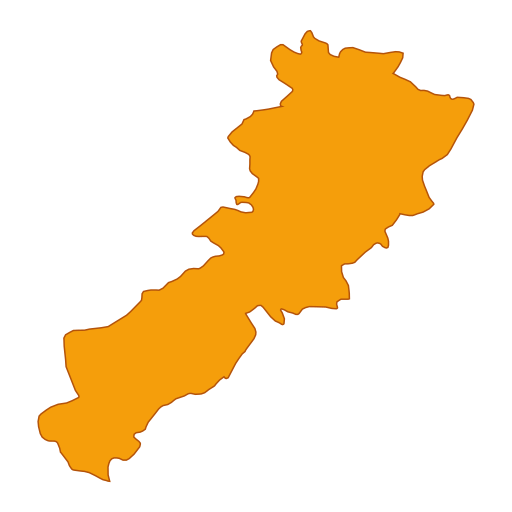 Cao Bang, Cao Bằng, Vietnam, rotated 90°
{"feature_id": "81297802B72621516483988", "entity_name": "Cao Bang", "entity_type": "district", "adm_level": 2, "iso_a3": "VNM", "parent_name": "Vietnam", "parent_adm1": "Cao Bằng", "projection": "albers", "projection_center": [106.26, 22.649], "detail": "fine", "context": "isolated", "style": "filled", "palette": "amber", "viewbox_px": 512, "rotation_deg": 90, "n_neighbors": 0, "source": "geoboundaries", "source_scale": "gbopen_adm2", "svg_char_len": 5337}
<svg xmlns="http://www.w3.org/2000/svg" viewBox="0 0 512 512"><g transform="rotate(90 256 256)"><path d="M452.2,451.5L452.3,451.3L456.6,448.0L461.9,444.0L465.6,442.6L467.6,441.3L469.1,440.2L469.9,438.9L470.2,437.2L471.0,431.3L471.4,427.5L472.6,422.8L475.6,416.7L478.4,411.6L479.7,409.0L480.5,405.7L481.1,404.0L481.3,402.3L474.9,403.9L467.0,404.0L463.4,403.1L460.7,402.0L458.8,400.2L457.9,398.0L457.9,395.5L458.3,392.8L460.1,389.0L460.1,385.6L458.6,382.8L454.1,377.9L446.8,372.3L444.3,371.7L443.2,371.7L441.4,373.1L438.7,376.5L437.0,378.2L435.6,378.1L434.2,377.8L432.7,375.8L432.1,371.8L431.0,369.3L429.2,366.7L426.9,366.0L422.2,363.8L413.7,357.0L409.0,353.4L407.1,351.4L405.6,349.0L404.5,344.2L402.4,340.6L400.3,338.1L398.8,336.1L397.7,332.9L395.9,327.6L393.8,323.9L393.4,322.2L393.4,320.9L394.3,316.7L394.1,312.8L393.9,310.7L392.7,307.3L389.4,303.0L385.9,297.5L383.8,295.9L380.0,292.4L376.8,288.0L378.3,286.7L378.5,285.6L377.7,283.8L372.3,281.0L363.3,276.3L358.6,273.2L353.9,269.8L351.5,267.0L349.8,266.2L347.7,264.7L338.8,258.1L334.8,256.3L332.1,256.1L328.5,257.1L322.7,260.9L314.0,266.2L313.4,266.4L312.0,262.4L310.8,260.7L308.2,257.3L305.7,254.5L305.4,252.4L305.4,251.0L307.3,248.8L313.4,244.0L316.7,241.4L321.0,236.7L322.5,233.3L323.2,232.0L324.3,230.4L324.6,229.4L324.2,228.4L323.4,228.0L318.8,227.6L313.0,229.7L310.1,231.4L309.2,231.1L308.9,230.6L309.2,229.4L309.8,227.7L311.8,224.2L313.0,219.4L314.4,216.1L314.4,214.2L313.6,213.0L309.1,209.6L307.6,206.5L306.6,202.8L306.7,196.4L307.0,186.3L308.4,180.3L308.7,176.6L308.7,175.4L308.1,174.6L307.5,174.5L304.2,175.4L301.9,175.1L299.8,172.1L299.2,170.9L299.2,164.8L299.1,163.4L298.8,162.6L294.8,162.7L293.7,162.7L290.5,163.0L285.5,163.6L280.9,166.0L277.5,168.6L271.7,170.4L267.0,170.5L265.7,170.5L263.9,167.4L263.8,163.7L263.2,159.6L262.3,157.2L259.7,154.8L252.1,146.7L247.6,140.6L244.7,138.4L243.2,135.9L242.9,134.4L243.4,132.4L244.0,131.3L246.3,129.5L247.7,126.9L248.0,125.5L247.4,124.1L245.2,123.5L241.3,123.5L238.1,124.2L231.3,127.1L229.8,126.9L228.9,126.5L226.9,123.4L225.3,119.7L219.8,115.5L214.5,112.2L213.7,112.1L214.8,107.0L215.5,102.8L215.5,99.3L214.9,97.5L213.8,94.7L212.1,88.9L208.8,82.8L204.3,78.2L203.3,78.4L201.0,80.3L197.4,82.9L190.1,85.8L186.3,87.4L180.2,89.5L176.4,89.8L171.9,88.9L169.7,87.4L165.7,82.5L159.6,72.5L158.5,70.0L154.6,64.7L149.0,61.1L137.6,55.0L129.0,49.7L120.2,44.7L110.2,39.6L104.2,38.1L102.6,38.7L99.5,41.1L98.4,43.5L97.7,48.5L97.3,54.8L98.4,56.9L99.2,58.9L99.2,60.1L98.5,61.3L97.3,62.0L95.7,62.4L94.9,63.3L94.9,64.7L95.6,67.2L95.4,70.3L94.5,77.4L92.7,81.2L91.1,84.4L90.4,88.0L90.5,91.4L89.3,94.1L87.2,95.9L81.8,101.6L79.3,107.0L77.3,112.0L73.4,118.9L73.1,118.5L66.7,113.9L62.6,111.6L57.8,109.3L53.2,108.9L51.9,112.8L51.7,116.5L52.4,121.4L53.7,128.6L53.3,132.5L52.5,141.9L52.2,146.5L49.7,152.9L47.6,159.1L47.8,163.1L48.2,166.8L49.5,169.2L51.7,171.4L53.6,172.4L57.2,173.3L56.3,178.0L54.5,181.9L52.5,183.5L44.8,184.1L43.6,185.2L42.9,186.8L40.9,193.0L38.4,197.2L36.9,198.5L32.6,200.2L30.7,201.6L30.8,202.7L31.4,204.7L33.8,206.9L41.2,210.8L42.6,210.5L44.2,209.7L45.2,209.7L46.3,210.7L47.5,211.3L50.4,210.9L52.1,210.2L53.4,210.6L54.2,211.5L53.5,214.4L52.1,217.9L49.7,222.0L44.7,229.0L44.7,231.5L46.9,235.2L47.2,235.6L49.5,238.8L52.9,240.4L60.5,241.4L66.9,238.4L71.4,235.0L74.1,234.3L75.8,235.3L77.3,235.0L79.7,233.0L83.4,227.1L88.3,219.8L89.6,219.2L91.3,219.5L96.1,224.7L101.3,230.6L103.9,231.7L105.6,231.4L106.1,230.9L106.4,230.1L107.8,237.2L109.1,243.5L109.9,248.7L110.8,255.6L111.0,258.1L112.2,258.5L114.3,259.5L116.6,261.7L119.0,266.1L119.6,268.0L124.0,270.0L131.9,279.9L136.5,283.7L137.6,284.1L138.0,284.2L142.0,281.7L145.4,278.6L147.4,275.5L150.4,272.2L152.4,267.0L154.2,263.6L155.3,262.5L156.8,261.9L159.6,262.1L164.1,262.1L168.7,262.4L170.9,261.8L173.6,259.7L176.7,255.4L177.9,253.9L178.5,253.4L181.5,253.4L184.1,254.1L189.0,256.1L192.7,258.6L197.4,262.3L197.8,263.4L197.6,265.0L196.8,267.6L196.3,272.9L196.6,275.7L197.6,277.0L198.5,276.9L200.2,276.0L202.8,275.8L204.4,275.2L204.5,274.3L203.5,272.7L202.4,271.2L202.3,269.4L202.5,265.8L202.9,263.3L204.9,260.6L207.3,259.0L209.3,258.5L211.3,259.0L212.3,260.2L212.5,263.3L212.8,266.3L211.9,271.0L210.5,274.1L209.4,277.2L208.5,282.0L207.9,284.7L207.0,289.0L207.4,291.1L211.4,294.0L215.1,298.5L225.8,311.7L230.7,318.0L233.0,319.7L234.2,319.5L235.4,318.2L236.3,315.9L236.5,313.2L236.4,309.3L236.4,306.0L236.6,304.9L238.4,303.0L241.1,301.2L242.8,298.6L245.6,293.6L247.9,291.1L251.2,288.6L252.3,288.0L253.1,288.2L254.1,288.4L255.0,289.8L255.9,292.7L256.3,296.7L257.0,299.1L258.0,301.2L260.7,303.9L265.9,308.6L268.2,311.9L268.8,313.5L268.7,314.8L268.7,315.0L268.5,318.3L269.2,323.1L271.1,326.6L276.5,331.5L279.0,334.8L281.5,340.2L282.6,343.5L288.2,349.0L290.2,352.9L290.0,356.1L290.0,361.0L290.5,364.3L291.5,368.5L293.8,369.9L297.6,370.1L300.3,370.5L301.7,371.7L311.6,381.4L315.3,385.5L322.5,397.2L326.6,403.8L327.8,410.9L329.1,422.5L330.2,427.4L330.3,434.0L330.5,438.6L332.4,442.3L334.8,446.4L338.1,448.1L340.1,448.0L346.2,447.8L359.5,446.4L366.7,445.9L378.4,441.3L390.4,436.6L395.4,433.3L396.8,433.0L397.5,433.4L400.7,439.8L403.0,445.4L404.3,453.9L407.2,461.3L410.2,465.9L414.0,471.0L416.1,472.9L421.5,473.9L426.7,473.4L433.6,471.7L437.1,469.8L439.4,466.9L440.6,464.3L441.0,462.7L441.1,457.5L441.7,455.6L443.0,454.4L448.2,452.3L452.2,451.5Z" fill="#f59e0b" stroke="#b45309" stroke-width="1.5"/></g></svg>